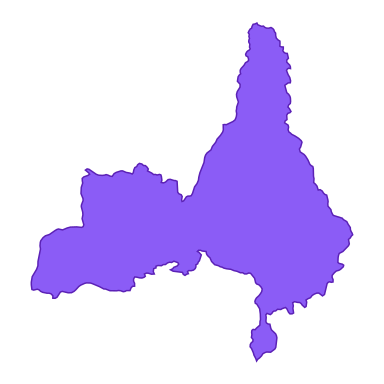 outline of Buenópolis, Minas Gerais, Brazil
{"feature_id": "56859067B56539099498918", "entity_name": "Buenópolis", "entity_type": "district", "adm_level": 2, "iso_a3": "BRA", "parent_name": "Brazil", "parent_adm1": "Minas Gerais", "projection": "robinson", "projection_center": [-44.044, -17.849], "detail": "fine", "context": "isolated", "style": "filled", "palette": "violet", "viewbox_px": 384, "rotation_deg": 0, "n_neighbors": 0, "source": "geoboundaries", "source_scale": "gbopen_adm2", "svg_char_len": 5979}
<svg xmlns="http://www.w3.org/2000/svg" viewBox="0 0 384 384"><path d="M256.6,361.0L257.8,359.2L259.6,357.9L261.6,355.8L262.8,353.8L264.9,352.6L266.7,352.0L270.7,352.2L275.0,348.9L275.8,347.3L276.9,337.8L276.4,335.6L275.6,333.8L271.6,330.0L270.8,328.3L269.9,324.2L268.2,324.0L266.5,323.0L265.9,321.4L266.2,317.2L265.8,314.9L267.0,313.4L270.3,314.6L271.8,313.5L272.7,312.0L273.9,311.1L275.7,310.9L277.5,309.3L280.8,309.5L282.3,308.6L285.5,307.5L286.9,308.9L288.6,312.4L290.0,313.9L292.3,313.8L293.6,313.0L292.9,308.3L293.3,305.8L292.7,302.7L294.6,301.7L297.5,302.4L299.7,302.5L301.1,303.5L302.2,305.1L304.7,307.4L306.1,306.5L306.7,302.1L306.0,300.0L308.0,298.7L310.5,297.7L312.1,295.5L314.3,294.1L316.8,293.1L318.9,293.1L322.5,295.9L324.5,294.5L327.1,283.6L328.2,282.3L329.7,281.8L331.2,282.3L333.0,282.0L333.1,279.7L332.1,277.3L332.2,275.3L334.4,272.7L336.3,271.0L338.9,270.3L340.6,269.3L343.3,266.8L343.7,265.2L342.4,264.2L339.1,263.4L337.9,262.4L338.1,257.6L338.5,255.4L339.2,253.4L342.9,251.5L348.5,245.7L349.3,243.9L348.5,239.4L350.3,237.9L351.3,236.1L352.7,234.8L352.0,232.9L351.1,231.5L350.4,229.5L350.3,227.5L348.1,224.2L346.8,221.6L343.4,219.6L342.3,218.2L333.3,215.4L332.3,213.8L331.3,211.6L330.9,209.6L328.0,206.2L327.8,203.6L328.1,201.7L327.9,200.0L326.7,195.1L324.8,194.4L323.4,193.0L322.3,191.1L320.2,189.7L318.2,190.0L317.0,186.1L315.5,184.2L313.7,182.6L314.0,178.7L313.5,176.3L313.3,168.4L312.8,166.5L311.3,165.7L309.9,164.4L308.0,160.1L305.6,156.2L304.1,154.5L300.2,151.9L299.4,149.0L300.6,147.1L302.0,142.2L301.2,140.7L298.6,138.3L295.0,136.0L291.7,134.3L290.4,133.0L288.9,132.0L288.1,129.8L288.6,127.1L288.1,125.1L284.6,122.8L285.1,121.0L287.0,119.6L286.7,115.2L287.9,113.3L289.9,112.7L291.0,111.5L289.3,108.5L287.9,107.0L288.7,104.9L290.3,103.5L290.6,101.4L290.4,97.9L289.9,96.2L288.6,94.2L286.8,92.7L284.8,85.3L288.2,82.9L290.3,82.8L290.6,80.9L289.8,77.5L288.1,74.6L286.5,70.5L287.3,69.1L288.7,68.2L290.5,68.6L290.4,66.8L289.7,65.1L286.8,62.2L286.8,60.0L288.4,58.3L287.3,53.4L285.7,53.3L284.2,52.6L282.8,50.7L283.3,49.1L283.3,47.0L281.3,46.9L279.8,46.1L280.0,43.5L279.9,41.1L278.0,39.9L276.3,38.1L275.7,35.6L275.6,33.1L274.5,31.7L273.8,29.7L272.7,28.5L271.0,27.5L268.7,28.2L266.5,28.1L264.7,27.3L263.5,26.1L261.4,26.3L257.7,24.7L256.9,23.0L255.2,23.9L253.1,24.3L252.0,26.5L251.6,28.2L250.3,28.9L249.2,30.5L248.2,32.7L249.3,34.3L248.9,36.5L249.5,38.4L248.9,40.0L248.7,41.9L249.8,44.2L249.5,47.2L250.2,48.8L249.2,50.1L247.8,50.9L246.7,52.0L245.6,54.2L246.0,55.8L247.8,56.8L248.5,58.9L248.5,60.6L247.3,61.7L245.5,62.7L244.0,65.3L241.1,68.5L240.2,70.2L240.2,72.2L240.7,73.8L239.2,75.1L238.1,76.8L237.4,81.3L240.1,84.3L240.0,87.2L237.3,91.5L236.5,94.3L236.7,96.8L238.4,102.0L236.7,107.0L236.6,108.9L236.2,110.9L236.7,113.7L236.4,116.2L235.9,117.9L235.0,119.9L233.0,121.5L226.3,124.7L224.8,124.5L223.2,124.7L223.3,130.0L222.7,132.0L220.5,135.3L217.1,139.1L215.7,142.3L212.4,146.4L211.0,149.9L207.0,153.0L205.6,155.0L204.7,157.5L204.0,162.5L199.9,172.8L198.8,177.2L198.4,180.3L197.0,183.6L194.6,186.8L192.5,193.4L191.2,195.7L189.5,196.1L187.9,196.1L186.4,196.8L183.6,200.9L182.0,201.5L181.6,199.9L182.2,196.5L181.2,194.7L179.1,193.9L177.7,192.3L177.1,181.3L175.5,180.6L174.0,180.5L170.1,179.3L168.1,179.6L165.5,182.1L163.4,182.9L161.2,182.5L161.9,180.2L161.4,176.5L160.9,174.9L159.5,174.4L157.1,175.0L155.3,174.4L153.7,174.6L151.8,173.1L147.5,170.9L148.3,169.0L147.1,167.2L145.4,165.6L143.5,165.5L141.9,164.0L139.4,163.4L137.6,164.8L136.7,166.6L134.8,167.6L133.8,170.0L133.3,172.7L132.2,174.0L130.0,173.1L126.1,172.4L122.7,170.9L120.9,170.9L116.2,172.4L114.1,173.6L112.2,176.4L110.1,176.1L108.0,175.1L106.1,174.6L104.7,175.1L102.5,175.4L98.7,175.2L96.3,174.3L89.0,169.3L87.1,168.9L85.4,170.1L88.7,172.9L89.6,174.2L88.0,175.4L83.8,176.9L82.2,178.4L82.3,180.8L82.7,183.1L81.3,187.3L81.2,189.2L81.0,193.6L83.0,198.6L83.1,200.5L81.4,205.1L81.3,206.7L82.7,212.1L82.9,214.8L82.1,218.7L83.8,224.7L83.2,226.6L81.7,227.4L76.7,226.9L70.4,227.1L67.1,228.0L62.6,229.9L58.4,229.0L56.8,229.5L55.0,230.6L49.4,234.5L45.4,235.8L43.1,237.6L40.8,240.7L40.3,242.3L40.0,245.8L40.5,249.0L38.0,261.4L37.9,265.8L36.6,269.3L32.2,276.7L31.3,282.2L31.3,284.8L31.9,289.5L33.7,290.1L37.2,289.2L39.0,289.8L40.6,291.3L42.6,292.3L47.0,293.2L49.1,293.2L51.0,293.8L52.9,295.8L52.8,298.2L55.1,298.3L57.0,297.3L60.4,292.0L62.3,291.4L68.2,292.8L71.5,292.7L74.0,291.4L75.7,289.9L78.8,286.5L80.6,285.2L84.8,283.3L86.5,282.9L90.3,283.0L92.0,283.5L99.4,286.6L103.9,289.0L105.5,289.0L109.9,290.7L116.5,290.8L118.5,290.5L120.6,290.7L123.2,291.7L125.0,291.4L126.5,290.6L130.0,290.6L131.1,287.8L132.6,286.3L134.6,286.2L134.6,283.3L133.6,281.2L133.6,279.0L134.7,277.0L136.5,277.1L139.8,277.9L142.0,278.0L144.1,277.3L145.3,276.3L144.4,274.0L146.5,273.1L148.3,273.2L151.5,274.2L154.3,274.0L153.3,271.6L153.7,268.6L156.0,267.9L156.0,266.2L158.0,265.5L161.5,265.7L163.2,264.6L165.5,264.5L167.5,262.9L169.7,262.2L171.6,262.5L173.9,261.2L177.8,262.6L178.7,264.1L177.3,265.9L173.7,267.4L172.7,268.8L170.5,269.8L173.1,271.2L182.5,272.4L183.3,274.4L185.0,275.4L186.7,274.2L188.4,273.7L187.5,271.6L188.7,270.6L191.1,270.7L193.5,270.1L195.2,268.6L195.9,267.0L195.9,264.8L197.7,263.8L198.2,262.1L199.4,260.8L201.3,254.9L198.8,252.2L197.4,251.5L198.5,250.3L200.6,250.3L202.0,251.0L206.1,251.5L206.5,253.8L207.2,255.1L208.4,256.5L209.9,257.7L211.6,261.5L214.7,264.7L218.5,265.7L220.1,266.7L222.2,267.2L223.8,268.1L226.7,268.8L230.8,269.3L233.9,270.6L237.0,271.3L240.5,272.8L242.6,272.7L244.5,273.9L246.7,273.9L248.7,273.0L250.6,273.3L254.6,278.3L255.6,282.7L256.7,284.0L258.9,284.8L260.8,286.7L262.2,289.0L261.7,291.6L260.5,293.6L259.0,295.6L256.5,297.9L255.5,299.5L254.9,301.3L255.3,303.3L256.8,304.1L259.6,308.7L260.3,313.9L260.5,319.5L260.0,321.5L259.9,325.1L256.5,328.1L255.1,329.7L253.1,329.4L251.9,330.4L251.6,332.2L251.9,334.7L251.4,337.5L253.0,339.5L252.8,341.6L251.4,342.6L250.3,344.4L250.1,346.8L251.5,348.5L253.4,352.9L254.0,355.2L255.8,358.6L256.6,361.0Z" fill="#8b5cf6" stroke="#5b21b6" stroke-width="1.5"/></svg>